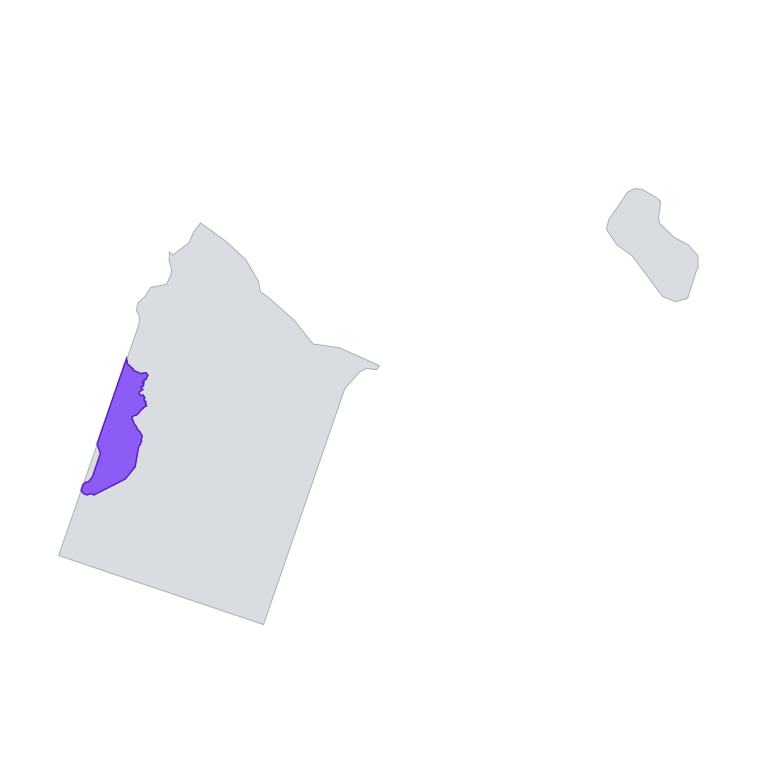 location of Acurenam, Centro Sur, Equatorial Guinea, rotated 109°
{"feature_id": "11065452B93144755032170", "entity_name": "Acurenam", "entity_type": "district", "adm_level": 2, "iso_a3": "GNQ", "parent_name": "Equatorial Guinea", "parent_adm1": "Centro Sur", "projection": "albers", "projection_center": [10.388, 1.118], "detail": "fine", "context": "in_parent", "style": "filled", "palette": "violet", "viewbox_px": 768, "rotation_deg": 109, "n_neighbors": 0, "source": "geoboundaries", "source_scale": "gbopen_adm2", "svg_char_len": 5046}
<svg xmlns="http://www.w3.org/2000/svg" viewBox="0 0 768 768"><g transform="rotate(109 384 384)"><path d="M650.7,419.6L651.0,462.5L651.2,498.7L651.5,537.9L651.8,578.8L652.0,613.4L652.1,635.8L614.2,635.7L563.9,635.6L513.6,635.4L463.3,635.3L438.1,635.2L410.2,635.1L401.2,636.3L395.1,641.9L387.7,643.2L379.1,638.4L368.7,636.1L365.8,631.1L360.6,622.0L350.3,621.0L345.1,622.0L337.6,627.2L329.2,629.9L330.8,625.7L314.2,614.5L302.3,613.4L291.3,610.0L300.2,580.9L311.4,555.2L328.1,535.8L336.9,531.1L339.8,521.5L353.0,489.8L369.3,464.1L364.3,438.0L368.2,394.3L372.9,395.5L373.7,399.6L374.9,405.8L381.0,411.2L401.3,419.6L461.8,419.6L497.9,419.6L551.3,419.6L607.8,419.6L650.7,419.6ZM171.7,124.8L176.2,125.5L203.9,124.8L211.3,134.7L210.5,149.1L182.0,191.1L176.7,208.8L165.7,223.8L156.1,225.0L123.3,216.1L117.8,210.8L115.9,203.6L119.1,186.8L121.5,181.7L137.2,178.6L142.3,175.8L150.8,157.8L153.5,141.3L160.6,128.9L171.7,124.8Z" fill="#d9dde1" stroke="#a8b0b8" stroke-width="1"/><path d="M543.4,592.3L522.5,595.7L521.2,594.8L519.9,594.8L518.1,594.8L517.1,594.5L516.8,594.8L515.1,595.4L512.4,595.7L511.6,595.9L509.3,598.6L508.5,599.5L507.7,600.7L507.4,601.8L506.9,602.5L506.4,603.2L505.9,603.5L505.4,603.9L505.1,604.1L504.4,604.8L504.1,605.1L504.0,605.4L503.9,605.8L503.6,606.6L503.4,607.0L502.9,607.4L502.0,607.9L501.7,608.2L501.2,608.6L500.1,609.8L499.8,610.0L499.4,610.2L499.0,610.4L498.7,610.8L498.4,611.1L498.0,611.4L497.4,611.7L497.2,611.7L495.8,610.4L495.2,609.8L494.9,609.3L494.3,608.6L494.2,608.5L494.2,608.4L494.2,608.2L493.6,607.7L493.2,607.5L492.8,607.3L492.4,607.2L492.0,606.8L491.6,606.5L490.9,606.3L490.3,606.2L489.9,606.1L489.4,606.0L489.3,605.9L488.9,605.8L488.6,605.7L488.1,605.7L487.6,605.4L487.5,605.2L487.4,605.2L487.3,604.8L487.2,604.7L486.7,604.8L486.6,604.7L486.2,604.4L486.0,604.0L485.8,604.0L485.2,604.0L484.9,603.9L484.7,603.8L484.7,603.7L484.4,603.5L484.0,603.2L483.6,603.1L483.0,602.7L482.9,602.5L482.6,602.0L482.5,601.5L482.3,601.5L482.2,601.7L482.0,601.8L481.8,601.8L481.4,601.8L481.4,602.1L481.3,602.3L481.1,602.4L480.9,602.5L480.7,602.5L480.4,602.6L480.2,602.7L480.2,602.8L480.1,603.0L480.0,603.3L479.8,603.5L479.7,603.6L479.4,603.6L479.2,603.6L478.9,603.6L478.7,603.4L478.5,603.5L478.4,603.5L478.2,603.4L478.0,603.5L478.0,603.9L478.0,604.2L477.9,604.3L477.9,604.5L477.9,604.8L477.8,605.0L477.7,605.1L477.5,605.3L477.3,605.4L477.0,605.8L476.9,605.9L476.8,606.0L476.6,606.0L476.4,606.1L476.0,606.1L475.9,606.1L475.6,606.0L475.5,605.9L475.4,605.8L475.3,605.7L475.2,605.8L475.1,606.0L474.9,606.1L474.7,606.1L474.4,606.0L474.3,606.3L474.3,606.5L474.2,606.7L474.1,606.8L473.6,607.1L473.1,607.9L472.9,608.2L472.8,608.3L473.0,608.4L473.0,608.5L473.3,608.8L473.3,609.0L473.8,609.4L473.9,609.5L474.0,609.6L474.1,609.9L474.1,610.0L473.9,610.2L473.7,610.3L473.4,610.3L473.3,610.2L473.5,610.3L473.6,610.6L473.6,610.8L473.5,611.0L473.4,611.1L473.2,611.3L473.0,611.6L472.9,611.9L472.9,612.1L472.8,612.3L472.7,612.5L472.4,612.6L471.7,612.7L471.4,612.8L471.1,612.7L470.7,612.5L469.9,611.8L469.5,611.4L469.4,611.4L469.1,611.4L468.8,611.3L468.7,611.1L468.7,610.9L468.4,610.7L468.2,610.5L468.1,610.3L467.9,610.2L467.9,610.3L467.8,610.5L467.6,610.8L467.4,611.0L467.2,611.2L467.2,611.4L467.2,611.5L467.1,611.8L466.7,612.2L466.4,612.6L466.1,612.8L465.9,612.8L465.7,612.8L465.6,612.7L465.4,612.6L465.3,612.4L465.3,612.2L465.3,611.9L465.0,611.6L464.9,611.5L464.8,611.4L464.8,611.2L464.4,611.3L464.1,611.3L463.9,611.3L463.6,611.2L463.4,611.1L463.0,611.2L462.9,611.2L462.7,611.2L462.4,611.1L462.4,611.3L462.2,611.5L461.8,611.6L461.8,611.9L461.8,612.1L461.8,612.4L461.8,612.5L461.7,612.6L461.4,612.7L461.0,612.7L460.9,612.6L460.7,612.6L460.3,612.7L460.2,612.7L459.9,612.6L459.7,612.3L459.7,612.1L459.7,611.9L459.8,611.7L459.4,611.8L459.0,612.0L458.5,612.1L458.4,612.2L458.2,612.2L457.9,611.9L457.8,611.7L457.7,611.6L457.5,611.4L457.4,611.2L457.5,610.8L457.5,610.7L457.0,610.6L456.8,610.5L456.7,610.4L456.2,610.5L455.9,610.5L455.4,610.4L455.1,610.2L454.9,610.2L454.5,610.3L454.4,610.4L454.2,610.4L453.8,610.3L453.0,610.2L452.7,610.1L452.4,610.2L452.3,610.4L452.1,610.6L451.7,611.3L451.2,612.1L450.8,612.6L451.3,614.1L452.1,615.2L453.0,616.8L453.5,617.9L453.2,619.6L452.9,620.6L453.0,621.7L452.8,622.9L452.8,624.0L452.6,624.3L452.6,624.5L452.7,624.8L452.7,625.3L452.6,625.5L452.3,625.9L452.3,626.0L452.2,626.1L451.9,626.2L451.9,626.3L451.6,626.5L451.3,626.4L451.4,626.7L451.3,626.9L451.1,626.9L450.9,627.0L450.8,627.5L450.8,627.8L450.7,628.2L450.6,628.6L450.3,629.0L450.1,629.2L450.0,629.4L450.0,630.0L449.8,630.3L449.6,630.6L449.1,631.3L449.0,631.9L448.8,632.4L448.7,632.8L448.5,633.1L448.2,633.4L447.9,633.5L447.3,633.8L446.8,634.0L446.2,634.2L445.7,634.5L445.4,634.6L445.0,635.0L444.4,635.5L443.9,635.8L534.0,635.8L541.9,629.5L566.8,629.5L572.7,631.6L573.8,633.7L574.7,634.6L575.5,634.6L576.7,635.8L583.2,635.8L583.6,634.9L585.1,633.3L585.4,632.4L585.5,631.6L585.5,630.5L585.7,629.7L585.6,628.8L584.8,627.7L583.8,626.6L583.5,625.6L583.0,624.8L582.9,623.7L583.5,622.3L558.2,597.8L543.4,592.3Z" fill="#8b5cf6" stroke="#5b21b6" stroke-width="1.5"/></g></svg>